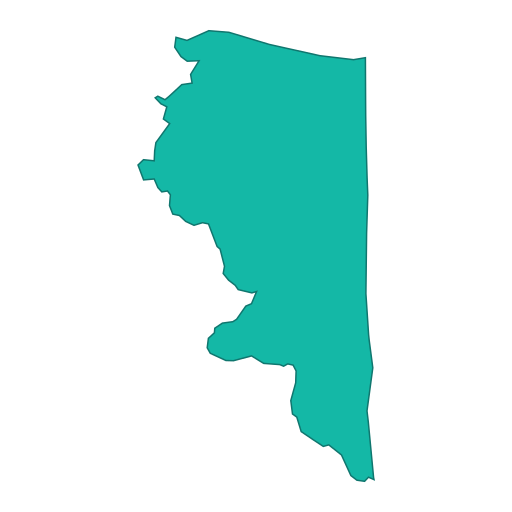 outline of Quebradillas, Puerto Rico
{"feature_id": "32010507B1223039681342", "entity_name": "Quebradillas", "entity_type": "district", "adm_level": 2, "iso_a3": "PRI", "parent_name": "Puerto Rico", "parent_adm1": "", "projection": "albers", "projection_center": [-66.935, 18.429], "detail": "fine", "context": "isolated", "style": "filled", "palette": "teal", "viewbox_px": 512, "rotation_deg": 0, "n_neighbors": 0, "source": "geoboundaries", "source_scale": "gbopen_adm2", "svg_char_len": 1333}
<svg xmlns="http://www.w3.org/2000/svg" viewBox="0 0 512 512"><path d="M374.0,479.6L373.6,477.7L368.3,422.0L367.0,410.9L372.8,367.8L369.2,340.3L368.6,334.7L365.9,293.7L366.6,232.9L367.8,195.2L367.1,178.0L366.2,146.9L365.7,116.0L365.6,101.5L365.4,57.7L354.0,59.6L353.7,59.7L319.9,55.7L289.8,49.0L288.4,48.7L269.2,44.4L228.9,32.3L208.8,30.7L194.2,37.2L187.0,40.4L176.0,37.3L174.7,47.2L181.0,56.6L187.2,61.2L199.1,60.7L190.6,74.4L192.1,83.1L181.8,84.6L168.8,96.6L165.0,99.7L157.8,96.2L155.2,97.8L160.9,103.8L166.8,106.8L163.4,119.0L169.7,123.6L155.9,142.6L154.8,150.0L154.7,150.3L154.2,160.8L143.5,159.7L138.0,165.0L143.6,179.9L154.2,179.0L157.9,187.6L161.8,191.9L167.5,191.0L170.4,194.8L169.5,205.6L172.8,214.1L179.4,215.5L185.7,221.4L194.0,225.3L202.5,222.7L208.5,223.9L217.1,246.5L220.1,249.1L224.5,266.3L223.2,273.5L228.6,280.2L235.2,285.3L238.2,289.6L251.9,292.9L256.6,291.5L251.5,303.7L245.8,306.1L236.6,319.3L232.8,321.7L222.4,323.1L214.8,328.2L214.4,332.8L208.4,338.3L207.2,347.8L210.3,353.3L225.9,360.5L233.5,360.7L251.5,355.9L263.7,363.4L279.8,364.6L283.6,366.2L287.7,363.9L293.1,365.1L296.1,370.9L295.7,382.8L290.8,400.6L292.5,414.0L296.8,417.1L301.2,431.6L313.6,440.0L323.3,446.4L328.8,444.9L341.5,455.0L350.9,475.6L356.9,480.2L364.6,481.3L368.5,477.2L374.0,479.6Z" fill="#14b8a6" stroke="#0f766e" stroke-width="1.5"/></svg>